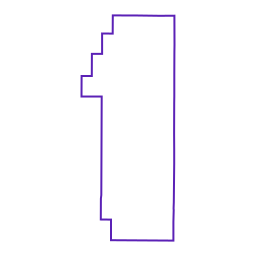 Pend Oreille, Washington, United States of America
{"feature_id": "52423323B67594083249097", "entity_name": "Pend Oreille", "entity_type": "district", "adm_level": 2, "iso_a3": "USA", "parent_name": "United States of America", "parent_adm1": "Washington", "projection": "orthographic", "projection_center": [-117.196, 48.523], "detail": "fine", "context": "isolated", "style": "outline", "palette": "violet", "viewbox_px": 256, "rotation_deg": 0, "n_neighbors": 0, "source": "geoboundaries", "source_scale": "gbopen_adm2", "svg_char_len": 586}
<svg xmlns="http://www.w3.org/2000/svg" viewBox="0 0 256 256"><path d="M174.4,15.7L159.9,15.8L137.9,15.5L112.8,15.4L112.7,33.6L102.1,33.5L102.1,53.9L91.9,53.9L91.8,76.0L81.6,76.0L81.5,96.5L101.7,96.5L101.3,195.1L100.9,198.6L100.8,219.5L111.0,219.6L111.0,240.2L173.4,240.6L173.4,231.2L173.4,221.9L173.7,210.3L173.7,209.6L173.6,209.3L173.6,208.8L173.6,208.7L173.6,208.0L173.6,207.9L173.8,202.3L174.2,163.9L174.2,151.6L174.2,150.0L174.2,149.9L174.1,133.4L174.2,104.9L174.2,103.1L174.3,96.4L174.3,74.5L174.4,51.6L174.5,45.0L174.4,15.7Z" fill="none" stroke="#5b21b6" stroke-width="2"/></svg>